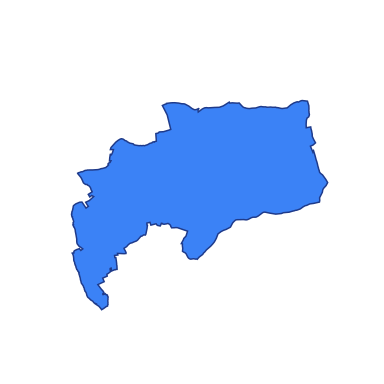 Borsa, Cluj, Romania, rotated 322°
{"feature_id": "2599482B57968655519822", "entity_name": "Borsa", "entity_type": "district", "adm_level": 2, "iso_a3": "ROU", "parent_name": "Romania", "parent_adm1": "Cluj", "projection": "mercator", "projection_center": [23.623, 46.919], "detail": "fine", "context": "isolated", "style": "filled", "palette": "blue", "viewbox_px": 384, "rotation_deg": 322, "n_neighbors": 0, "source": "geoboundaries", "source_scale": "gbopen_adm2", "svg_char_len": 5960}
<svg xmlns="http://www.w3.org/2000/svg" viewBox="0 0 384 384"><g transform="rotate(322 192 192)"><path d="M304.7,268.1L305.2,264.4L305.4,258.9L304.8,256.6L304.7,255.0L305.5,253.3L306.1,251.4L306.4,251.0L307.2,248.9L308.2,246.9L309.1,244.7L309.7,242.9L311.2,239.5L313.3,234.1L312.5,234.2L311.9,234.7L313.5,228.8L316.3,229.5L319.6,229.3L320.2,225.5L321.0,222.3L322.4,220.3L324.1,217.0L324.6,215.6L325.6,213.8L321.6,211.7L323.7,208.8L326.5,205.7L328.2,204.6L330.3,204.6L332.1,203.4L332.7,202.3L332.9,201.7L333.5,201.0L334.3,199.6L335.2,198.7L337.2,195.9L338.9,191.5L335.1,187.7L333.7,187.1L331.4,186.7L331.1,186.5L330.6,185.8L329.6,185.3L328.4,185.0L327.5,184.6L323.7,184.1L318.8,184.3L314.7,181.9L313.7,181.0L311.7,178.5L310.6,177.5L310.1,176.7L307.7,174.9L306.2,173.4L304.8,172.5L303.2,171.3L302.6,170.4L300.5,168.7L299.0,167.1L297.4,166.3L293.9,165.0L290.9,162.9L288.6,161.6L287.5,160.6L286.3,159.3L285.9,158.6L285.2,157.8L284.6,156.7L284.3,154.8L284.0,150.9L282.4,149.9L278.6,146.5L276.5,145.2L276.7,144.1L269.7,143.4L266.0,142.2L265.3,141.8L261.9,139.3L256.6,135.7L255.2,134.3L253.6,133.4L251.1,132.9L246.2,132.8L247.2,131.1L248.2,130.7L249.2,130.5L246.2,129.7L245.1,129.1L244.4,128.4L243.4,126.2L242.4,122.4L240.6,118.4L240.0,117.6L238.3,116.2L236.2,113.7L233.1,110.8L230.5,108.9L226.5,106.5L226.3,106.8L224.5,106.2L221.9,105.6L219.9,116.0L213.8,129.6L211.9,129.0L206.6,126.9L203.6,124.8L203.0,124.5L202.4,124.7L201.3,124.6L199.5,123.7L198.7,124.8L195.2,130.0L193.2,129.2L192.9,129.4L192.3,128.6L191.4,128.4L190.7,128.6L188.7,127.7L186.2,127.4L184.1,126.6L183.2,126.4L182.4,125.5L180.8,124.5L179.8,123.5L179.0,123.1L176.6,120.6L175.5,119.3L175.4,119.0L175.4,118.3L175.3,117.8L173.0,115.1L172.4,113.5L171.9,112.6L171.9,111.8L171.4,110.8L170.8,110.1L170.6,108.8L170.2,107.8L169.2,106.6L168.0,106.1L165.6,105.8L162.6,105.8L155.5,107.1L153.8,108.3L156.2,110.2L153.6,112.0L151.6,113.0L151.1,112.3L150.9,112.7L150.5,113.0L150.3,113.0L150.1,112.6L149.1,113.7L148.8,113.8L146.1,116.7L147.3,117.5L145.6,118.3L144.1,117.9L143.2,118.1L142.9,118.4L142.9,119.3L142.2,119.3L141.5,119.6L140.1,119.5L139.3,119.7L136.1,118.4L134.7,117.6L133.0,117.1L131.6,116.4L127.2,113.4L123.3,110.4L121.7,109.7L121.2,109.2L118.2,108.6L117.0,107.8L115.5,107.4L114.4,106.9L113.4,106.8L113.3,107.1L113.4,112.2L113.1,114.0L112.2,117.5L112.1,118.1L112.6,120.0L113.1,120.9L114.0,121.5L114.0,122.4L114.7,124.0L114.7,125.2L114.5,126.5L113.8,128.3L113.6,129.9L113.4,130.4L108.8,130.0L108.4,133.0L110.9,133.0L111.7,135.1L105.7,135.5L101.9,134.6L101.5,138.1L101.5,139.5L98.6,139.4L99.1,132.2L97.2,130.9L93.1,129.8L90.6,129.8L90.2,129.8L89.0,130.7L88.8,131.1L88.0,131.6L87.8,131.9L85.8,133.4L85.1,133.7L83.9,135.1L83.4,135.2L83.3,135.8L82.9,136.1L82.3,137.3L82.5,137.9L82.0,138.2L81.8,139.5L81.4,140.0L81.2,141.0L80.5,142.5L79.9,142.9L79.2,143.1L78.5,144.8L77.9,144.6L77.3,147.0L77.5,147.2L76.7,149.9L76.1,150.7L75.5,151.8L74.5,153.8L72.2,158.1L71.0,159.6L69.9,161.4L69.6,162.4L69.6,165.2L70.3,167.0L70.9,169.6L68.4,169.6L68.4,167.2L68.0,167.2L65.8,166.4L63.3,165.9L62.7,166.0L62.4,166.1L61.3,167.3L60.0,166.3L59.9,166.4L59.9,167.3L59.3,169.1L58.1,171.2L57.0,172.7L56.5,173.7L56.1,175.4L55.5,176.2L55.2,177.2L55.2,177.6L54.9,177.9L54.8,179.0L54.4,179.5L54.0,180.7L53.5,182.1L53.7,182.6L53.3,184.0L53.5,184.5L53.3,185.2L53.5,185.8L52.9,186.1L52.9,186.5L52.5,187.1L52.2,187.6L52.2,188.2L51.8,188.7L51.0,190.9L50.0,192.6L49.6,193.8L48.8,195.4L48.7,195.7L48.5,199.0L48.0,200.3L47.9,201.3L47.1,202.8L46.9,203.7L46.6,204.2L46.7,205.0L46.6,206.1L46.1,207.5L45.6,208.4L45.1,210.3L45.1,210.9L45.5,212.7L45.7,214.7L46.6,217.0L46.5,218.9L47.5,220.9L47.0,220.8L48.3,224.8L48.4,227.9L48.3,229.1L50.5,229.4L53.9,229.5L55.2,229.9L55.8,229.3L56.7,228.8L56.8,228.4L58.0,227.0L58.5,226.0L59.7,224.9L60.3,224.0L61.0,223.4L61.4,222.7L61.3,222.2L61.8,221.3L61.8,220.8L61.7,220.6L61.2,220.3L61.1,220.2L61.1,219.1L61.0,218.7L60.4,218.8L59.7,218.4L58.7,218.1L58.7,217.8L59.2,217.2L60.5,217.2L60.8,216.9L60.7,216.0L60.9,215.2L60.9,214.1L60.7,213.7L60.7,211.8L60.8,207.0L67.6,208.6L68.6,204.9L73.4,206.1L74.3,204.4L75.9,204.6L78.9,204.6L79.6,202.9L80.1,202.2L80.6,202.5L80.8,202.0L81.4,202.2L80.5,203.7L80.1,204.8L83.4,205.7L83.4,205.9L84.1,206.3L84.6,206.3L84.9,206.5L85.4,206.4L85.5,206.6L87.5,203.8L87.8,202.9L88.3,202.4L89.8,200.0L91.6,196.8L90.8,196.2L91.9,194.3L94.8,196.0L95.5,194.5L100.5,198.8L102.1,199.8L102.7,199.2L102.9,198.5L103.2,197.3L103.3,196.5L103.5,195.1L103.7,194.8L103.8,194.5L106.8,194.8L109.4,194.3L111.6,194.3L113.7,195.2L115.2,195.5L118.1,196.4L119.6,196.4L124.6,195.4L125.2,195.9L126.2,196.0L127.4,196.0L128.8,197.2L129.1,197.0L129.7,196.8L134.3,192.9L135.1,192.0L136.3,191.0L136.5,190.6L136.2,190.2L137.3,188.7L140.2,190.0L139.2,192.8L144.1,194.9L144.1,196.9L146.0,199.2L147.0,198.8L148.6,197.8L149.2,198.5L148.9,198.7L149.0,198.9L150.1,200.2L152.7,201.6L153.4,201.8L153.8,202.1L154.5,204.0L154.5,204.8L154.3,205.8L154.1,206.0L153.9,207.7L156.4,209.5L157.4,210.1L158.6,211.2L164.4,220.1L160.8,222.6L160.0,223.1L157.0,223.5L155.8,224.3L151.8,226.1L152.4,226.7L152.5,227.1L151.4,228.3L150.0,230.7L148.0,232.9L148.6,234.6L149.1,235.5L149.3,236.6L149.3,237.2L148.6,240.7L148.6,242.1L149.0,243.3L149.7,244.2L152.1,245.5L153.7,247.3L154.6,247.8L154.8,248.3L155.9,248.0L157.8,247.7L162.0,247.8L163.6,247.2L165.2,247.1L167.7,246.5L173.4,246.2L176.4,245.7L178.9,245.1L180.8,244.3L182.6,243.5L186.7,241.0L190.5,241.1L193.2,241.6L195.9,242.5L200.3,243.3L200.8,243.3L205.0,241.4L206.7,241.1L209.0,240.9L210.2,241.4L215.7,245.5L217.5,247.3L218.6,247.9L220.0,248.3L223.0,248.8L224.5,249.4L226.8,251.1L227.3,251.3L229.4,251.7L234.9,251.8L235.5,251.9L236.6,252.4L237.3,253.0L240.6,256.9L244.4,261.0L249.2,264.0L251.3,264.6L256.1,267.7L259.2,268.9L261.1,269.8L261.9,270.0L263.5,270.9L266.9,272.0L270.1,272.1L272.5,272.4L274.3,273.2L277.5,273.9L280.7,275.8L286.2,278.4L287.3,277.5L289.0,275.1L294.5,272.5L296.5,270.7L298.0,270.1L301.6,269.5L304.7,268.1Z" fill="#3b82f6" stroke="#1e3a8a" stroke-width="1.5"/></g></svg>